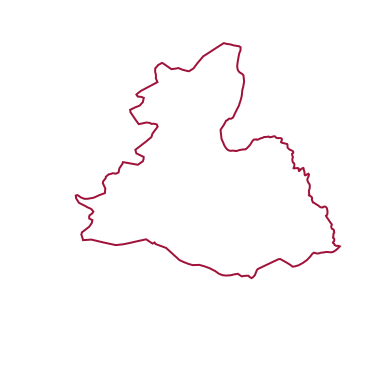 Tall Kalakh, Homs (Hims), Syria (Equal Earth projection), rotated 238°
{"feature_id": "27442178B60418009452869", "entity_name": "Tall Kalakh", "entity_type": "district", "adm_level": 2, "iso_a3": "SYR", "parent_name": "Syria", "parent_adm1": "Homs (Hims)", "projection": "equal_earth", "projection_center": [36.286, 34.74], "detail": "fine", "context": "isolated", "style": "outline", "palette": "rose", "viewbox_px": 384, "rotation_deg": 238, "n_neighbors": 0, "source": "geoboundaries", "source_scale": "gbopen_adm2", "svg_char_len": 5972}
<svg xmlns="http://www.w3.org/2000/svg" viewBox="0 0 384 384"><g transform="rotate(238 192 192)"><path d="M208.9,74.1L205.0,81.4L195.5,90.8L187.3,99.3L184.1,106.0L181.8,112.1L179.5,118.8L176.2,128.0L169.2,131.2L169.0,133.5L167.2,133.5L158.3,140.4L140.9,145.3L136.9,147.9L132.5,151.2L129.5,154.0L128.9,155.1L126.3,159.6L122.6,163.0L118.4,166.3L112.6,169.8L108.6,171.4L105.4,173.7L103.3,176.3L101.0,180.4L99.9,183.8L98.3,187.6L96.7,188.2L94.1,189.5L93.1,192.0L92.0,194.0L91.1,195.5L89.4,195.8L87.4,196.9L87.5,198.8L88.2,201.3L91.3,205.5L91.8,207.0L89.2,229.7L88.3,231.4L80.5,235.6L77.5,237.0L75.4,237.7L74.6,239.3L73.4,243.4L73.3,244.8L73.2,246.4L73.1,247.9L73.1,249.0L73.2,250.1L73.4,253.5L74.0,255.8L74.6,258.1L75.8,261.2L75.9,263.3L74.2,264.8L73.6,265.5L73.0,266.3L72.3,268.8L70.7,272.3L70.0,274.2L67.1,278.0L66.4,280.0L66.4,281.9L66.5,283.8L67.3,287.9L67.5,288.5L67.8,288.2L68.7,287.7L69.2,286.9L69.7,286.1L70.3,285.5L70.7,285.3L71.4,284.9L72.0,285.0L72.7,285.1L73.4,284.9L74.1,284.6L74.5,284.7L74.8,285.3L74.9,285.8L75.0,286.1L75.2,286.6L75.8,287.2L76.2,287.4L76.8,287.7L77.4,287.8L77.8,287.5L78.4,287.4L78.9,287.7L79.7,288.5L80.5,289.1L81.2,289.5L81.9,290.2L81.9,290.5L82.0,290.8L82.3,291.2L82.9,291.4L83.5,291.5L84.2,292.1L85.2,292.1L86.2,291.5L86.6,291.2L87.3,291.2L87.9,291.4L88.7,291.7L89.3,292.0L89.6,292.4L89.8,292.8L90.2,293.3L90.6,293.4L90.9,293.4L92.1,293.2L92.7,293.2L94.6,293.1L96.0,293.1L98.2,293.0L100.0,292.9L100.8,293.0L100.8,293.5L100.9,294.0L101.1,294.4L101.4,295.0L101.9,295.3L102.7,295.9L103.4,296.4L104.4,296.9L105.9,297.5L106.9,297.8L107.9,297.7L108.8,297.4L109.3,296.9L109.6,296.1L109.9,295.4L109.6,295.0L109.8,294.5L110.3,293.5L111.0,293.0L111.8,292.5L112.4,292.3L113.5,292.0L114.4,291.5L115.0,291.2L118.4,289.6L119.1,289.0L119.5,289.2L120.3,289.3L120.8,289.3L122.3,289.7L122.7,290.3L123.7,290.8L124.4,290.8L124.8,290.6L125.6,290.4L126.8,289.5L127.4,289.4L127.7,289.6L128.0,290.3L128.7,290.6L130.2,291.2L131.4,292.1L132.5,293.5L133.5,294.3L135.3,295.5L136.2,295.7L136.9,295.8L138.2,295.6L139.7,295.8L141.2,296.2L141.5,296.5L142.1,297.0L142.6,297.7L143.1,298.5L143.5,299.2L144.0,299.6L144.7,300.4L145.3,300.4L145.8,300.4L145.9,299.9L146.0,299.1L145.9,297.7L146.0,297.0L146.3,296.7L147.0,296.7L147.7,297.1L148.2,297.3L148.8,297.7L149.2,298.0L149.7,298.1L150.7,298.3L151.9,298.6L152.6,299.0L153.0,299.2L153.5,299.0L153.6,298.3L153.7,297.0L153.4,295.8L153.1,294.9L153.0,294.3L153.1,294.2L153.2,293.9L153.6,294.0L153.8,294.1L154.0,294.1L154.5,294.4L154.6,294.7L155.0,294.9L155.8,294.8L156.5,293.9L157.3,292.5L157.6,291.8L158.0,291.1L158.3,290.7L158.6,290.9L158.8,291.3L159.8,292.5L160.6,293.1L161.5,293.6L162.2,293.8L162.6,293.6L163.2,293.3L163.7,293.3L164.9,293.6L166.1,294.1L167.0,294.7L168.0,296.0L169.0,296.3L169.4,296.4L170.5,296.6L170.8,296.8L171.3,297.1L171.5,297.7L171.5,298.5L172.1,299.0L172.9,299.1L173.5,299.1L174.4,298.5L175.1,298.1L176.0,297.4L176.9,297.0L178.9,296.6L179.5,296.8L180.0,297.1L181.4,298.0L182.0,298.1L182.3,298.1L183.6,296.8L185.3,295.2L186.2,294.3L187.1,293.9L187.6,294.5L187.8,294.8L188.1,295.2L188.6,295.9L189.3,296.3L189.6,296.3L190.3,296.1L191.0,295.4L191.7,294.3L192.1,293.5L192.8,292.6L193.2,292.3L193.9,292.0L194.4,292.0L195.1,291.9L195.6,291.4L195.9,290.8L196.1,290.2L196.2,289.7L196.4,288.9L196.5,288.5L196.8,288.0L196.9,287.5L197.4,286.8L197.9,286.6L198.5,286.3L198.7,285.5L199.6,283.7L200.5,282.1L200.5,280.6L201.2,278.6L201.2,277.9L201.5,275.8L201.8,274.9L202.2,274.5L202.6,274.4L202.7,274.2L202.9,273.6L203.0,273.4L203.5,272.8L203.6,272.1L203.5,271.1L202.7,269.2L201.4,266.7L200.7,264.5L200.1,262.2L199.9,260.6L200.0,259.5L200.6,258.7L201.9,255.8L202.4,254.5L203.2,251.4L203.9,250.4L205.4,248.7L206.6,246.3L208.0,245.1L209.8,244.3L210.7,244.2L211.6,244.1L211.9,244.1L214.3,244.1L215.0,244.2L215.7,244.3L216.3,244.5L220.2,245.0L221.2,245.2L221.5,245.2L223.7,246.3L228.5,248.6L229.6,249.2L230.0,250.0L230.7,251.6L231.6,253.7L233.3,256.9L234.0,258.0L234.4,258.5L234.4,259.1L234.3,259.5L234.1,260.2L234.3,260.7L234.6,261.7L234.4,262.7L233.9,263.1L233.4,264.2L233.4,265.2L233.3,265.9L234.1,267.4L235.5,269.4L237.1,272.1L238.2,273.8L239.3,275.7L240.7,278.0L241.5,278.8L243.9,281.7L246.2,284.2L248.0,285.8L251.0,288.1L251.7,288.6L254.1,291.2L256.6,293.4L257.8,294.5L258.6,295.0L261.9,296.6L263.9,297.5L265.2,297.2L266.0,296.9L267.1,296.3L268.5,295.7L269.6,295.6L270.4,295.5L271.8,295.7L273.0,296.2L274.6,296.9L276.9,298.7L277.8,299.4L280.8,302.1L283.7,304.7L284.9,306.0L286.5,308.3L287.4,308.8L288.3,309.4L288.7,309.8L289.0,309.9L289.7,309.6L290.5,309.3L291.2,308.4L294.8,304.5L296.8,302.8L299.3,299.8L301.4,297.9L301.4,292.8L301.1,274.3L301.2,273.7L301.1,273.4L299.3,267.8L298.1,264.1L296.9,261.0L296.8,260.8L296.0,258.8L296.0,255.2L296.0,253.4L296.8,252.5L299.6,249.8L300.9,248.6L304.3,246.2L304.8,244.8L305.6,242.9L307.1,239.6L314.4,236.5L316.2,235.7L317.4,234.9L317.6,230.6L316.3,226.3L313.4,224.4L310.4,223.5L307.6,221.6L303.5,220.9L304.8,202.5L304.4,198.1L304.1,196.5L301.7,196.6L299.6,199.3L297.4,201.0L294.3,198.0L293.0,193.4L293.9,188.5L294.4,183.6L294.5,183.1L293.9,182.9L292.3,182.1L283.4,182.4L277.8,182.8L277.0,184.8L275.1,190.2L272.8,193.0L271.2,193.7L270.2,195.7L268.1,197.9L265.6,197.5L264.9,195.7L264.7,195.3L264.5,194.8L264.5,194.6L264.3,194.3L264.2,193.8L263.9,193.1L263.7,192.6L262.4,189.3L260.1,186.7L259.1,179.5L258.0,168.2L257.8,166.3L254.7,165.4L254.2,165.3L247.4,169.6L245.6,168.4L244.1,166.6L243.8,160.5L253.9,149.3L252.7,147.8L250.5,142.9L247.5,140.1L247.8,137.7L247.9,137.3L247.9,137.1L249.9,134.8L250.5,132.1L251.1,130.8L250.6,127.0L249.5,126.2L248.9,124.5L248.1,122.3L246.9,121.1L242.4,120.5L241.0,120.4L237.2,117.5L238.3,112.5L239.3,105.4L241.7,99.6L243.3,97.1L246.3,94.9L250.0,93.3L250.6,91.6L248.2,90.4L242.7,90.4L236.1,94.4L235.0,94.9L230.9,97.6L229.1,97.8L227.7,98.0L226.9,96.5L226.7,96.0L226.6,94.7L226.5,92.8L225.5,91.6L223.9,90.8L221.0,92.6L218.8,90.6L217.0,86.4L216.1,77.3L214.6,75.6L213.6,75.4L209.4,74.3L208.9,74.1Z" fill="none" stroke="#9f1239" stroke-width="2"/></g></svg>